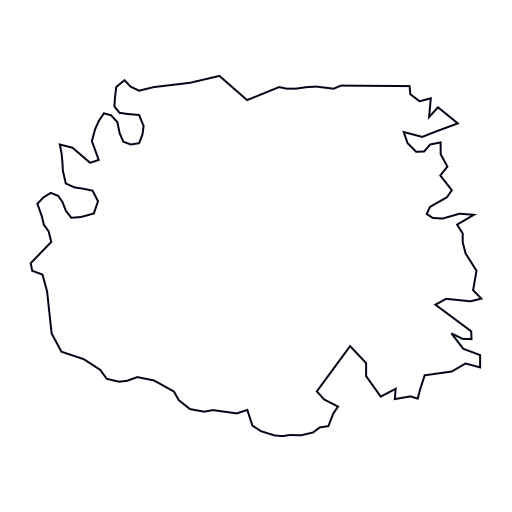 Charrua, Rio Grande do Sul, Brazil
{"feature_id": "56859067B76917344128556", "entity_name": "Charrua", "entity_type": "district", "adm_level": 2, "iso_a3": "BRA", "parent_name": "Brazil", "parent_adm1": "Rio Grande do Sul", "projection": "albers", "projection_center": [-52.001, -27.948], "detail": "fine", "context": "isolated", "style": "outline", "palette": "ink", "viewbox_px": 512, "rotation_deg": 0, "n_neighbors": 0, "source": "geoboundaries", "source_scale": "gbopen_adm2", "svg_char_len": 1847}
<svg xmlns="http://www.w3.org/2000/svg" viewBox="0 0 512 512"><path d="M409.6,86.1L341.0,85.6L333.6,88.7L316.5,86.6L307.0,87.1L295.5,88.7L286.8,88.7L279.1,87.1L247.1,100.1L219.4,75.9L190.0,82.8L153.7,87.1L139.1,90.7L130.5,86.6L124.5,80.2L116.3,86.9L115.0,97.2L114.4,106.4L119.5,112.8L127.9,114.0L139.1,115.0L143.6,126.0L142.4,134.8L139.1,143.2L130.8,144.5L123.3,141.7L119.6,133.1L117.4,122.2L111.1,115.3L103.9,113.3L98.6,121.3L94.9,129.8L91.9,141.2L95.9,152.1L98.7,159.9L90.1,162.8L81.1,155.1L72.5,147.7L59.8,144.5L61.5,153.0L62.4,162.0L62.9,170.9L65.8,183.5L74.4,187.4L82.7,188.6L92.6,190.7L98.0,201.3L93.8,213.5L81.1,217.0L71.3,217.8L65.8,210.7L62.4,201.8L58.2,195.9L50.8,192.9L43.3,197.5L37.4,203.8L41.9,216.5L43.8,224.7L48.6,231.3L51.3,241.9L30.7,263.2L32.2,270.8L42.5,274.6L47.1,291.5L51.6,333.4L61.4,351.7L83.8,359.2L100.3,369.9L106.7,378.8L118.9,381.7L126.8,380.9L137.3,377.1L153.8,380.4L173.9,391.5L178.8,400.2L190.0,409.1L204.2,411.7L212.9,410.1L236.8,413.4L247.3,409.9L252.4,425.6L261.0,431.2L274.8,435.5L282.7,436.1L289.8,435.0L301.0,435.3L313.0,432.5L319.8,427.4L328.4,426.1L333.2,413.7L338.0,406.6L324.2,399.5L316.8,391.4L350.1,346.1L366.1,363.1L366.1,376.1L380.7,396.6L395.7,388.8L394.8,399.1L410.3,396.4L417.7,398.6L420.3,388.8L424.7,375.3L451.8,371.5L465.5,363.5L480.1,367.4L480.1,355.1L463.3,348.8L451.4,333.4L462.6,338.9L471.5,339.1L471.2,331.3L435.4,304.7L446.2,298.8L470.5,301.3L481.3,298.6L473.1,290.2L476.5,270.8L465.6,253.4L462.7,242.4L462.7,233.5L457.1,224.6L473.9,214.8L459.6,213.7L442.4,218.6L432.7,217.9L426.7,214.0L430.0,206.9L447.0,197.2L451.8,190.2L440.3,175.5L447.4,166.6L440.7,154.3L440.6,142.4L430.1,144.5L424.1,151.5L416.2,151.8L407.6,143.2L403.7,132.0L422.2,136.9L438.0,130.7L457.8,123.4L438.0,107.3L429.1,117.0L430.8,98.3L419.6,101.3L410.3,94.2L409.6,86.1Z" fill="none" stroke="#020617" stroke-width="2"/></svg>